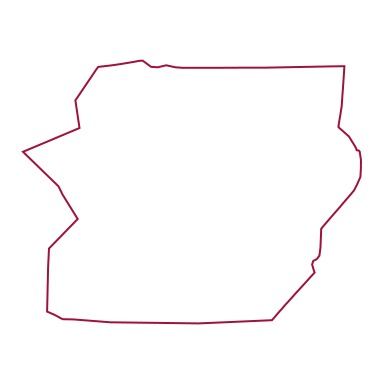 the district of Um Kadadah, North Darfur, Sudan
{"feature_id": "16777658B38169285241768", "entity_name": "Um Kadadah", "entity_type": "district", "adm_level": 2, "iso_a3": "SDN", "parent_name": "Sudan", "parent_adm1": "North Darfur", "projection": "orthographic", "projection_center": [27.208, 13.486], "detail": "fine", "context": "isolated", "style": "outline", "palette": "rose", "viewbox_px": 384, "rotation_deg": 0, "n_neighbors": 0, "source": "geoboundaries", "source_scale": "gbopen_adm2", "svg_char_len": 1575}
<svg xmlns="http://www.w3.org/2000/svg" viewBox="0 0 384 384"><path d="M261.9,67.7L238.2,67.7L216.2,67.8L182.4,67.8L175.5,67.3L166.2,65.3L157.8,67.3L151.0,66.8L142.6,60.6L138.8,60.9L133.7,61.9L121.6,63.9L112.1,65.3L98.2,66.9L96.6,69.0L75.4,100.4L79.5,128.0L23.0,151.8L42.6,170.9L58.5,186.3L62.5,194.5L77.7,219.0L49.0,248.5L48.1,267.3L47.1,311.6L54.7,314.9L61.3,318.5L62.7,319.2L73.3,319.4L110.5,322.3L198.5,323.4L224.3,322.3L272.0,320.2L272.4,319.7L273.3,318.7L280.4,310.4L281.2,309.6L284.9,305.3L285.3,304.8L286.6,303.4L293.9,295.4L294.2,295.0L296.7,292.2L306.5,281.5L309.9,277.7L311.0,276.5L312.4,275.0L314.6,272.6L314.2,271.4L314.0,270.7L313.7,269.9L312.4,265.5L312.1,264.5L312.4,263.7L312.6,263.0L313.2,261.0L315.8,259.6L316.6,259.2L317.3,258.4L318.0,257.5L319.4,255.7L320.0,251.2L320.5,247.3L320.5,246.2L320.9,236.9L321.1,232.0L321.2,228.7L322.8,226.8L324.6,224.7L328.1,220.6L335.0,212.6L336.9,210.5L346.2,199.6L346.3,199.5L350.8,194.3L354.1,190.3L354.4,189.7L356.0,186.6L356.8,185.1L358.3,181.7L360.4,176.9L360.7,171.7L360.9,167.9L360.9,165.2L361.0,162.5L361.0,161.7L360.9,160.2L360.9,159.7L360.2,154.9L359.7,151.7L359.4,151.2L359.0,150.7L358.6,150.5L358.3,150.4L358.1,150.4L357.7,150.4L357.2,150.4L356.8,150.3L356.5,149.8L356.5,149.5L355.9,148.0L355.6,147.3L354.8,145.9L354.5,145.4L353.4,143.7L348.9,136.4L346.7,134.5L338.7,127.4L338.5,127.2L338.7,125.9L338.5,125.7L340.6,113.2L341.0,110.4L341.3,108.6L341.7,106.2L342.4,95.5L342.7,91.5L342.9,89.2L344.0,72.6L344.1,71.0L344.4,66.2L330.4,66.4L263.5,67.7L261.9,67.7Z" fill="none" stroke="#9f1239" stroke-width="2"/></svg>